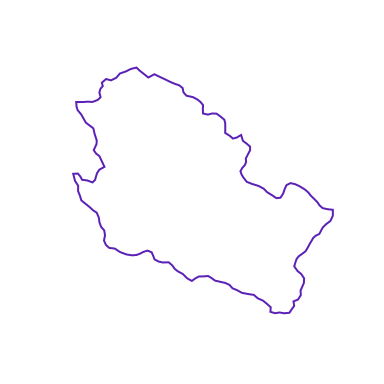 the district of Guaxupé, Minas Gerais, Brazil, rotated 118°
{"feature_id": "56859067B29023872604938", "entity_name": "Guaxupé", "entity_type": "district", "adm_level": 2, "iso_a3": "BRA", "parent_name": "Brazil", "parent_adm1": "Minas Gerais", "projection": "natural_earth1", "projection_center": [-46.685, -21.291], "detail": "fine", "context": "isolated", "style": "outline", "palette": "violet", "viewbox_px": 384, "rotation_deg": 118, "n_neighbors": 0, "source": "geoboundaries", "source_scale": "gbopen_adm2", "svg_char_len": 2422}
<svg xmlns="http://www.w3.org/2000/svg" viewBox="0 0 384 384"><g transform="rotate(118 192 192)"><path d="M105.7,280.5L111.4,284.3L109.3,295.7L108.2,299.4L112.1,303.8L116.6,307.0L121.2,311.3L126.7,312.5L131.4,315.9L132.6,320.9L137.8,322.9L140.4,320.5L143.8,321.3L147.6,320.5L151.3,317.2L155.0,318.5L159.2,322.1L161.1,326.3L163.7,330.4L166.9,336.5L171.1,333.8L173.4,331.4L175.6,326.1L180.6,318.3L182.1,309.0L186.5,305.2L191.2,300.3L194.5,298.8L201.2,298.4L203.1,294.7L203.8,290.6L207.0,286.3L210.9,281.1L215.8,284.3L220.1,284.7L226.8,283.3L230.2,284.3L231.0,290.0L232.8,294.8L230.8,297.8L229.3,301.4L231.7,305.4L237.0,300.6L240.0,295.4L244.7,293.0L247.9,289.2L251.4,285.7L252.4,280.5L253.4,275.1L254.6,270.9L255.0,266.4L258.3,262.3L262.3,259.4L265.5,255.8L267.1,251.5L271.0,248.5L276.2,246.9L279.2,243.1L280.2,238.8L278.2,233.6L278.8,227.4L277.9,220.5L276.0,215.1L273.7,211.5L271.2,209.2L267.6,206.7L264.6,203.7L264.2,199.3L266.5,196.4L269.1,193.4L269.1,189.0L268.0,184.8L265.0,179.5L266.1,174.9L268.0,171.1L268.7,167.2L268.7,161.7L270.5,155.6L270.6,150.4L266.9,148.6L263.3,146.2L261.0,142.0L258.6,138.3L258.8,134.5L259.4,129.9L258.2,125.5L256.7,120.0L256.4,115.4L258.0,111.0L257.5,106.1L257.6,100.5L255.6,94.1L253.8,89.1L255.0,84.1L254.6,78.2L255.6,73.2L256.8,68.4L261.0,66.5L260.0,61.7L257.3,58.2L255.8,53.7L252.9,49.3L248.6,48.9L244.6,48.3L240.9,51.0L237.2,47.9L232.0,47.5L228.0,49.9L223.8,50.2L219.8,50.5L215.6,52.5L213.1,57.1L212.3,61.5L209.7,66.8L205.3,67.7L202.0,68.2L198.7,67.6L194.7,65.6L190.9,63.9L186.6,63.7L182.1,63.7L178.7,63.5L175.6,63.4L172.6,62.3L169.3,59.9L165.7,59.9L161.9,59.9L157.5,58.5L152.6,56.2L146.8,56.5L141.6,59.3L143.6,64.4L144.9,69.0L143.9,73.2L142.1,76.6L140.6,81.4L139.4,85.5L137.8,89.1L136.8,93.5L136.4,100.3L136.7,104.7L137.9,109.2L141.6,111.8L145.6,111.6L150.3,110.8L155.5,111.2L157.8,114.6L157.3,119.3L156.9,125.5L155.4,130.3L155.4,136.1L156.7,142.8L157.3,148.4L155.2,153.2L153.3,156.4L150.9,159.0L147.0,158.9L143.6,158.0L140.1,158.3L137.2,160.2L133.1,160.3L127.9,160.3L124.7,162.0L123.7,166.1L122.9,171.1L118.6,175.4L123.1,178.2L125.6,181.0L124.7,184.7L124.3,190.4L119.8,192.7L115.6,195.0L113.0,197.4L112.0,202.1L111.3,207.1L113.1,210.9L116.2,214.3L117.5,219.1L113.6,221.4L110.1,223.0L108.5,226.8L107.8,230.6L107.8,235.8L109.6,242.1L108.0,246.3L104.6,249.1L103.8,253.4L104.6,258.1L105.0,262.8L105.1,267.0L105.4,272.8L105.7,280.5Z" fill="none" stroke="#5b21b6" stroke-width="2"/></g></svg>